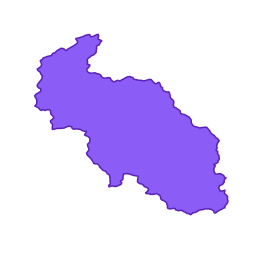 Canta, Lima, Peru (Equal Earth projection), rotated 260°
{"feature_id": "86281439B11462215509346", "entity_name": "Canta", "entity_type": "district", "adm_level": 2, "iso_a3": "PER", "parent_name": "Peru", "parent_adm1": "Lima", "projection": "equal_earth", "projection_center": [-76.765, -11.534], "detail": "fine", "context": "isolated", "style": "filled", "palette": "violet", "viewbox_px": 256, "rotation_deg": 260, "n_neighbors": 0, "source": "geoboundaries", "source_scale": "gbopen_adm2", "svg_char_len": 5786}
<svg xmlns="http://www.w3.org/2000/svg" viewBox="0 0 256 256"><g transform="rotate(260 128 128)"><path d="M201.8,48.9L201.5,49.1L200.2,49.3L198.6,50.8L198.0,51.2L196.3,51.5L194.0,52.8L193.3,52.2L191.6,51.8L191.2,51.5L186.6,46.4L185.1,45.9L184.5,46.0L182.9,47.1L182.5,47.5L181.9,48.5L181.4,48.9L179.5,48.5L179.2,48.3L178.7,46.9L177.9,45.3L177.5,43.6L176.0,41.8L175.2,41.7L172.8,42.7L171.3,42.9L169.1,42.7L167.6,42.1L166.0,40.3L165.7,40.2L163.5,43.2L161.2,44.6L160.6,45.2L160.3,45.8L160.9,47.4L160.8,47.7L159.7,49.1L160.1,52.3L159.4,53.8L158.8,54.4L158.3,54.6L155.5,54.4L154.8,54.7L152.4,56.3L150.6,56.5L148.5,52.9L147.8,52.7L146.3,53.3L145.3,54.0L144.2,54.3L141.0,53.3L139.7,53.4L139.7,55.7L139.9,57.7L139.2,62.6L139.1,65.3L140.0,68.8L139.9,70.6L139.2,72.3L138.9,72.6L137.5,72.9L136.7,73.4L136.2,74.8L136.2,76.9L134.8,81.0L134.5,81.5L133.7,81.9L133.4,82.4L132.1,85.2L131.9,86.4L130.8,85.8L129.3,84.4L128.5,84.2L128.2,84.5L126.6,87.2L124.7,88.5L123.4,88.6L121.0,87.8L120.1,87.1L119.5,85.9L118.7,85.2L117.0,85.2L114.9,85.8L113.7,85.9L112.6,85.2L111.7,84.0L110.9,83.3L110.2,82.9L109.3,82.9L108.0,83.4L106.3,84.8L103.2,86.7L102.3,87.0L99.8,88.1L99.2,88.0L98.3,89.6L98.4,90.0L98.3,90.7L97.8,91.5L97.1,92.4L95.8,93.3L94.7,93.1L93.5,94.2L92.6,94.5L92.2,95.0L90.7,96.0L89.3,98.3L87.9,99.2L86.5,99.6L86.2,100.2L85.8,100.7L84.4,101.7L83.6,101.7L82.9,101.3L82.2,101.7L81.5,101.5L80.0,101.5L79.5,101.1L79.0,101.4L77.7,100.9L76.8,101.1L75.7,100.6L75.4,99.7L74.7,99.1L73.7,99.0L73.4,99.1L73.7,101.4L73.6,102.5L72.5,105.6L72.5,106.5L73.3,110.1L73.8,111.3L74.3,111.9L75.0,112.3L75.4,112.2L76.7,111.2L77.2,111.7L77.9,113.6L78.5,114.1L81.9,114.9L83.1,115.5L83.4,116.0L83.5,117.7L83.0,119.8L82.0,122.2L80.5,124.8L78.9,129.3L78.3,129.6L77.8,129.4L74.2,128.1L73.2,128.1L72.7,128.3L71.2,129.9L70.3,132.0L68.9,133.3L67.6,133.8L66.2,136.0L65.2,137.2L64.5,137.6L64.0,137.6L62.0,135.9L61.3,134.3L61.0,134.1L60.5,134.3L60.2,134.7L59.9,136.5L58.9,138.3L58.6,139.2L58.3,142.0L58.4,144.0L58.3,144.6L57.9,145.5L55.9,147.7L55.5,147.9L52.5,148.0L51.2,148.9L50.1,150.8L49.4,151.6L47.8,152.9L47.1,153.1L45.8,153.0L44.6,153.6L43.7,153.1L42.6,153.0L41.7,153.5L41.5,154.0L41.0,155.6L41.0,157.9L40.7,160.1L40.4,160.4L39.1,160.7L38.9,161.4L38.0,162.8L37.7,163.8L37.9,165.1L37.5,166.0L37.5,166.9L36.2,168.0L35.4,169.4L33.5,171.4L33.3,172.6L31.8,174.5L31.9,175.3L32.5,176.1L33.2,177.3L33.1,179.3L34.0,182.4L34.9,184.3L34.7,185.0L34.8,186.2L34.6,188.4L34.9,189.4L35.0,190.2L34.4,192.4L34.4,193.6L34.2,194.2L33.8,194.4L33.8,194.9L32.6,196.9L32.1,197.5L31.2,198.0L30.0,198.1L29.4,198.4L29.1,199.3L29.5,200.1L29.6,200.8L30.3,201.4L30.6,202.6L31.2,204.1L31.5,204.9L31.5,205.9L32.6,208.1L32.6,209.6L33.2,209.6L34.0,209.9L34.3,210.3L34.9,210.4L36.0,212.1L37.2,213.1L39.1,213.8L40.7,213.4L41.6,213.9L42.3,213.8L43.1,214.2L44.2,213.7L44.5,213.4L45.5,212.8L46.7,211.7L47.5,211.7L48.5,212.0L49.0,212.4L49.9,212.5L49.6,210.1L49.9,207.8L50.9,207.8L51.9,207.2L53.7,207.0L54.3,207.7L55.0,207.7L55.3,208.1L55.5,209.5L56.6,212.2L57.4,212.5L58.1,213.5L59.2,213.4L60.4,214.0L61.7,215.8L62.1,215.2L63.1,214.4L64.6,214.0L65.5,213.1L66.5,211.5L66.9,211.4L67.0,210.1L67.3,209.5L67.1,208.3L67.3,206.2L69.2,205.6L69.6,205.3L70.2,205.3L70.7,204.9L72.1,205.5L72.8,205.3L73.3,205.4L73.7,206.0L75.6,207.4L75.9,207.3L76.6,206.5L77.2,206.2L77.6,207.5L77.6,208.3L78.6,210.6L78.9,210.8L80.2,210.9L80.5,211.2L80.6,211.8L81.0,212.3L83.1,212.7L84.0,212.4L84.7,212.8L85.2,212.8L87.2,211.7L89.2,212.3L89.7,211.8L90.3,211.7L91.0,210.8L92.9,212.4L93.9,212.1L95.5,212.4L96.2,212.9L97.5,213.5L98.2,214.3L98.8,214.4L99.5,215.6L99.9,215.5L102.1,214.3L103.2,212.9L105.7,211.6L107.8,209.3L109.6,208.4L111.1,208.0L111.8,207.4L113.9,206.4L115.0,205.6L115.4,204.5L115.7,198.3L116.4,197.3L118.1,193.6L118.9,192.4L120.1,192.1L121.8,191.2L123.4,191.5L125.4,191.5L128.1,190.1L131.5,185.9L132.3,183.6L133.0,182.6L133.7,182.3L135.4,182.3L136.4,182.0L138.6,179.5L139.3,179.0L140.4,177.2L140.9,176.9L141.6,176.7L142.8,176.7L144.7,177.4L146.4,177.7L147.4,177.3L150.1,175.2L150.8,175.0L153.5,175.1L155.4,174.8L156.0,174.9L156.5,174.2L156.6,173.0L156.9,172.0L158.1,170.1L159.0,169.2L160.0,168.7L161.7,169.0L163.2,167.5L165.3,167.3L167.2,166.8L167.4,166.5L167.6,165.4L166.8,164.2L167.0,162.3L167.2,162.0L168.4,161.4L169.4,160.5L171.4,159.4L172.0,158.5L172.1,157.6L171.6,151.7L172.8,148.8L173.2,146.6L174.0,145.1L174.2,144.1L175.1,142.2L176.8,141.6L177.3,140.3L178.1,139.3L178.4,138.6L178.5,137.8L178.3,137.1L178.5,135.9L178.1,135.2L176.3,129.6L175.7,128.5L175.7,128.1L176.6,126.6L176.7,125.8L176.6,124.7L175.9,123.2L175.8,122.5L176.0,122.0L176.5,121.3L178.3,119.8L179.0,119.4L180.3,119.2L180.5,119.0L181.1,117.2L181.0,114.4L181.5,112.7L181.8,112.1L182.8,111.1L185.3,110.1L185.6,109.6L186.6,107.9L187.1,106.2L187.6,106.0L187.9,105.5L188.2,103.9L188.3,101.0L189.9,98.3L191.2,97.7L192.6,97.6L193.2,97.8L193.7,98.1L194.0,98.6L194.1,99.5L196.4,101.4L196.8,101.2L197.5,100.1L197.8,99.0L198.1,98.8L199.9,99.7L202.4,99.6L203.9,101.4L204.8,103.5L205.5,104.5L205.9,106.5L206.2,107.1L207.7,109.4L208.4,109.9L209.9,110.1L211.5,110.9L211.9,110.8L214.4,111.4L214.9,114.2L216.5,115.2L217.6,116.2L218.3,117.2L218.7,117.1L220.5,114.3L221.0,114.0L221.5,114.0L223.2,114.9L225.3,115.0L225.4,113.5L224.1,108.9L224.3,108.5L224.4,107.5L224.6,107.3L225.4,106.7L226.3,106.7L226.7,106.0L226.9,105.1L226.5,101.1L225.9,100.2L225.8,99.3L225.2,94.3L225.2,92.3L224.6,92.1L223.3,92.8L222.0,93.2L220.6,93.0L220.2,92.6L218.6,89.3L216.5,83.3L215.9,82.0L215.1,81.1L215.0,80.6L215.3,80.2L216.3,79.1L217.3,78.5L218.1,75.9L218.0,75.2L217.4,74.6L217.3,73.5L216.2,71.0L214.6,68.8L214.7,67.7L214.4,66.7L212.6,65.0L212.5,60.9L212.4,60.1L212.0,59.2L211.9,56.9L210.4,55.6L209.9,53.8L209.6,53.4L208.9,53.3L207.7,53.8L205.8,53.9L205.1,53.8L204.3,53.4L203.2,52.0L201.8,48.9Z" fill="#8b5cf6" stroke="#5b21b6" stroke-width="1.5"/></g></svg>